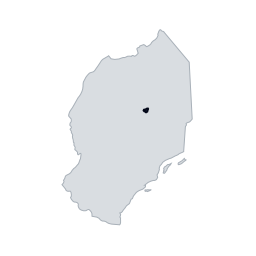 location of Singida Urban, Singida, United Republic of Tanzania, rotated 50°
{"feature_id": "72390352B67063144918279", "entity_name": "Singida Urban", "entity_type": "district", "adm_level": 2, "iso_a3": "TZA", "parent_name": "United Republic of Tanzania", "parent_adm1": "Singida", "projection": "equal_earth", "projection_center": [34.722, -4.814], "detail": "fine", "context": "in_parent", "style": "filled", "palette": "ink", "viewbox_px": 256, "rotation_deg": 50, "n_neighbors": 0, "source": "geoboundaries", "source_scale": "gbopen_adm2", "svg_char_len": 4564}
<svg xmlns="http://www.w3.org/2000/svg" viewBox="0 0 256 256"><g transform="rotate(50 128 128)"><path d="M103.9,179.0L101.9,177.6L100.0,176.8L98.5,175.8L97.9,174.9L96.4,174.5L95.2,174.4L94.1,173.5L91.8,173.2L91.5,172.6L91.5,171.3L91.1,171.0L90.3,170.6L89.3,170.7L88.8,170.8L88.5,170.7L87.7,170.0L87.0,169.0L86.7,167.5L85.7,166.5L84.5,165.7L81.1,165.8L80.5,165.6L79.7,164.8L78.8,163.5L78.0,162.0L77.4,160.1L76.7,157.4L72.7,146.7L72.3,144.6L71.6,142.4L70.3,139.6L69.0,137.6L67.2,135.7L65.2,133.9L64.1,132.6L62.0,127.5L61.5,125.2L61.2,122.7L61.3,121.7L62.6,118.6L62.7,117.7L62.6,116.5L61.9,114.0L61.1,110.9L59.4,105.3L59.2,103.9L59.2,102.9L60.2,97.2L60.2,96.4L64.1,96.5L66.9,94.1L69.4,90.4L69.9,88.8L70.9,86.4L71.9,85.3L72.2,84.4L72.8,82.1L74.1,80.5L75.4,79.2L75.1,78.3L75.3,78.0L76.0,77.4L77.3,76.8L77.6,75.6L77.6,74.2L77.4,73.4L77.4,72.5L77.2,72.0L76.3,71.8L75.0,71.1L73.9,70.8L73.2,70.4L72.9,70.1L72.8,69.3L73.4,67.1L72.8,66.2L74.1,62.6L74.4,62.2L74.9,62.1L75.6,61.8L76.4,61.6L77.0,61.7L77.4,61.6L77.8,61.2L78.1,59.9L78.4,57.9L78.2,56.2L77.7,55.0L77.5,53.0L77.8,50.4L77.6,48.2L76.9,46.5L76.3,45.4L75.3,44.9L73.8,42.3L73.3,41.0L73.4,40.2L73.9,39.8L74.9,39.9L75.8,39.6L76.7,38.9L77.5,38.7L78.0,38.8L116.9,38.8L162.3,73.0L162.5,73.4L162.9,76.3L162.8,77.3L162.1,79.0L161.9,79.9L161.9,80.5L162.1,80.8L162.7,80.9L163.2,81.3L163.4,81.6L163.7,82.9L164.2,83.5L181.5,100.2L181.9,100.5L181.6,101.9L180.6,105.3L180.6,106.7L180.2,108.4L179.8,109.5L178.8,114.3L178.0,116.1L176.8,120.3L176.6,123.5L177.3,125.7L177.5,127.8L178.8,129.9L179.9,130.6L180.6,131.6L181.9,133.7L182.6,135.9L184.9,137.0L185.8,139.4L185.4,141.1L184.4,142.4L183.4,144.7L182.6,147.6L182.5,152.1L183.1,151.4L184.3,152.5L184.4,155.8L183.1,159.7L182.8,161.5L182.7,163.0L183.6,167.6L184.9,170.0L184.8,170.7L184.5,171.3L186.8,175.5L186.6,179.1L187.4,181.9L187.8,184.3L188.4,186.2L188.5,187.5L187.8,188.9L189.5,189.2L190.5,190.4L190.9,191.5L192.2,191.5L192.8,192.2L193.8,192.9L195.9,194.7L196.5,195.7L196.8,196.6L190.9,202.5L188.8,204.0L187.3,204.7L185.7,205.1L184.1,206.0L182.7,207.5L180.8,208.2L178.6,208.2L176.2,209.2L172.5,212.3L170.3,210.6L168.6,210.1L166.6,210.1L165.4,210.3L165.0,210.7L164.6,211.7L164.3,213.4L163.0,215.1L160.8,216.6L158.7,217.2L156.8,216.8L155.5,216.2L154.8,215.3L153.8,214.8L152.5,214.9L151.3,215.6L150.1,216.8L148.2,217.3L145.6,217.1L144.2,216.6L144.0,215.5L142.8,214.3L140.7,213.0L139.2,212.9L138.2,214.3L137.3,215.1L136.5,215.4L135.7,215.5L134.7,215.1L131.8,215.0L129.0,215.0L128.7,213.1L128.2,212.0L127.7,211.3L126.7,211.1L126.5,210.6L126.2,209.4L125.7,208.4L125.1,207.6L124.7,206.8L124.6,206.1L124.7,205.3L125.2,203.3L125.4,202.0L125.4,200.6L125.0,199.2L124.4,197.6L124.5,197.1L124.2,196.0L124.2,195.2L124.3,194.2L124.2,192.9L123.7,190.1L123.7,189.4L123.1,188.0L121.2,184.8L121.2,184.4L118.3,181.2L117.1,180.5L116.7,181.1L116.6,181.7L116.7,182.7L116.6,183.2L116.5,183.4L115.8,183.4L115.4,183.3L114.3,182.4L113.5,182.2L111.4,182.4L110.6,182.6L110.1,182.4L108.9,180.9L107.6,180.6L106.5,180.5L104.5,178.8L103.9,179.0ZM185.2,125.2L186.1,128.8L186.0,129.4L185.3,129.8L185.0,129.9L184.6,129.3L184.3,128.1L183.8,128.4L182.9,127.0L182.1,126.9L181.3,125.2L181.6,123.7L181.5,121.2L182.4,119.9L182.9,117.7L183.5,119.2L183.6,121.5L184.4,124.2L185.2,125.2ZM189.8,104.1L189.9,104.9L189.7,105.7L189.7,108.2L189.7,109.9L189.0,112.2L188.4,113.0L187.9,112.8L187.4,112.4L187.1,111.8L187.8,107.5L187.5,104.4L188.8,104.7L189.8,104.1ZM187.8,155.3L187.1,155.5L186.8,155.3L186.4,154.6L187.1,154.0L187.8,152.8L189.4,151.1L190.2,149.8L190.1,151.1L189.2,154.0L188.4,154.2L187.8,155.3Z" fill="#d9dde1" stroke="#a8b0b8" stroke-width="1"/><path d="M128.0,103.1L128.1,102.9L128.1,102.7L127.9,102.5L127.9,102.4L127.7,102.3L127.7,102.2L127.5,101.9L127.4,101.9L127.3,101.7L127.2,101.7L127.1,101.4L127.1,101.2L127.0,100.9L126.9,100.8L126.7,100.8L126.7,100.7L126.5,100.3L126.5,100.2L126.4,100.1L126.2,100.1L125.9,100.0L125.8,100.3L125.7,100.4L125.7,100.5L125.4,100.6L125.2,100.6L125.1,100.8L125.1,101.0L125.1,101.3L125.0,101.5L125.0,101.8L124.9,102.0L124.9,102.3L124.9,102.5L124.9,102.8L124.7,102.9L124.6,103.0L124.5,103.3L124.4,103.3L124.3,103.5L124.2,103.6L124.1,103.8L124.0,104.0L124.1,104.3L124.2,104.5L124.3,104.6L124.4,104.8L124.5,104.8L124.5,105.0L124.8,105.1L125.0,105.1L125.3,105.0L125.5,105.0L125.5,104.9L125.5,104.7L125.6,104.4L125.6,104.2L125.8,104.0L126.0,104.3L126.2,104.5L126.3,104.6L126.5,104.6L126.8,104.6L127.0,104.6L127.3,104.5L127.5,104.4L127.8,104.3L127.8,104.2L127.8,103.9L127.8,103.7L127.8,103.4L127.8,103.2L128.0,103.1L128.0,103.1Z" fill="#0f172a" stroke="#020617" stroke-width="1.5"/></g></svg>